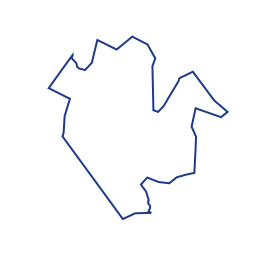 Piracuruca, Piauí, Brazil (Robinson projection), rotated 110°
{"feature_id": "56859067B11814342794518", "entity_name": "Piracuruca", "entity_type": "district", "adm_level": 2, "iso_a3": "BRA", "parent_name": "Brazil", "parent_adm1": "Piauí", "projection": "robinson", "projection_center": [-41.675, -3.854], "detail": "fine", "context": "isolated", "style": "outline", "palette": "blue", "viewbox_px": 256, "rotation_deg": 110, "n_neighbors": 0, "source": "geoboundaries", "source_scale": "gbopen_adm2", "svg_char_len": 1297}
<svg xmlns="http://www.w3.org/2000/svg" viewBox="0 0 256 256"><g transform="rotate(110 128 128)"><path d="M55.8,185.8L55.9,186.9L79.1,184.3L88.3,188.2L88.5,191.7L88.8,194.2L88.5,195.4L87.8,196.8L86.4,197.6L85.0,198.5L84.3,199.5L83.6,201.0L82.7,202.7L82.1,204.1L81.4,204.7L80.4,205.1L79.2,204.7L78.4,205.0L85.4,207.1L86.2,207.3L105.6,212.8L117.7,216.1L117.9,214.4L120.4,192.6L138.5,191.6L154.0,187.0L157.4,186.6L158.3,186.7L167.7,172.7L191.2,137.6L215.3,101.7L205.7,92.1L199.8,77.1L199.5,80.2L196.4,79.9L194.4,80.2L193.2,81.1L192.7,82.1L192.3,83.0L191.0,83.5L189.8,84.1L188.8,83.8L181.5,89.3L178.7,93.6L176.7,96.5L168.0,93.0L168.2,85.2L168.3,80.6L165.8,70.3L163.6,69.0L160.4,67.0L158.7,66.0L157.6,65.3L152.4,58.1L147.5,50.3L126.7,56.7L113.0,61.0L106.0,67.7L105.0,68.7L86.3,71.2L86.2,58.6L86.0,44.3L78.8,39.9L78.2,41.6L72.8,56.0L70.3,60.0L62.6,71.6L60.5,74.9L53.5,85.4L52.9,86.3L63.4,96.5L64.3,96.7L66.2,96.5L67.4,96.7L69.6,97.1L87.6,100.6L95.3,102.0L102.6,105.3L102.6,108.7L102.6,110.2L61.5,126.2L57.6,126.2L53.2,126.2L47.2,133.2L42.8,138.3L40.7,155.2L45.3,157.9L58.1,165.5L58.0,166.5L57.9,167.6L57.7,169.8L57.6,170.9L57.4,172.5L57.3,173.4L57.2,174.4L57.1,175.3L56.9,176.6L56.8,177.8L56.6,179.3L56.4,181.1L56.3,182.6L56.2,183.5L55.8,185.8Z" fill="none" stroke="#1e3a8a" stroke-width="2"/></g></svg>